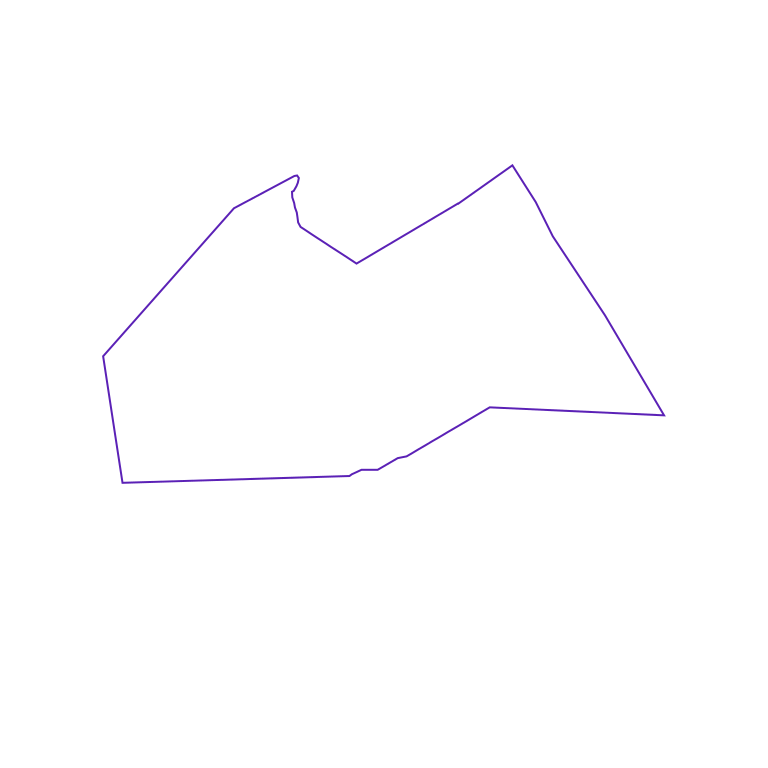 San Martín Lachilá, Oaxaca, Mexico (Robinson projection), rotated 312°
{"feature_id": "50627088B22717213197696", "entity_name": "San Martín Lachilá", "entity_type": "district", "adm_level": 2, "iso_a3": "MEX", "parent_name": "Mexico", "parent_adm1": "Oaxaca", "projection": "robinson", "projection_center": [-96.852, 16.612], "detail": "fine", "context": "isolated", "style": "outline", "palette": "violet", "viewbox_px": 768, "rotation_deg": 312, "n_neighbors": 0, "source": "geoboundaries", "source_scale": "gbopen_adm2", "svg_char_len": 934}
<svg xmlns="http://www.w3.org/2000/svg" viewBox="0 0 768 768"><g transform="rotate(312 384 384)"><path d="M548.1,613.1L582.9,502.3L606.7,410.6L620.7,375.1L632.4,333.1L567.6,318.5L567.6,318.2L503.3,298.1L486.4,292.8L473.9,288.9L455.1,283.0L454.8,280.9L452.4,265.3L451.4,259.1L450.4,253.0L448.6,241.1L448.0,237.4L446.8,229.6L445.5,220.7L444.9,216.9L446.6,212.1L450.2,207.9L453.1,204.4L455.6,199.7L458.4,196.1L461.3,191.0L465.3,187.0L467.1,187.7L472.3,186.6L475.9,185.3L480.1,182.9L480.8,179.9L478.6,178.2L414.5,155.0L414.2,154.9L403.3,155.0L314.9,155.8L216.7,156.7L167.4,216.9L135.6,255.8L288.3,415.5L292.5,419.9L295.4,420.5L305.2,424.7L308.7,428.6L316.0,436.7L330.0,441.2L338.1,443.8L345.3,449.2L351.5,451.2L353.8,451.9L358.7,453.4L367.1,456.1L374.3,458.3L380.7,460.4L391.4,463.7L399.5,466.3L400.1,466.5L416.3,471.6L428.9,475.5L437.4,478.2L438.8,479.9L443.8,486.0L548.1,613.1Z" fill="none" stroke="#5b21b6" stroke-width="2"/></g></svg>